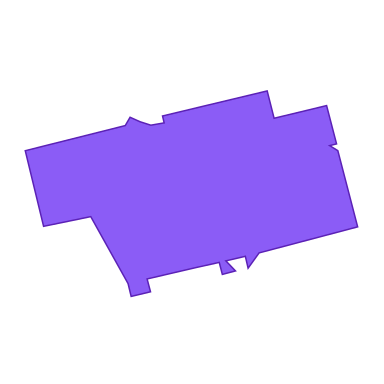 Pickens, Georgia, United States of America, rotated 166°
{"feature_id": "52423323B6766402931350", "entity_name": "Pickens", "entity_type": "district", "adm_level": 2, "iso_a3": "USA", "parent_name": "United States of America", "parent_adm1": "Georgia", "projection": "robinson", "projection_center": [-84.473, 34.468], "detail": "fine", "context": "isolated", "style": "filled", "palette": "violet", "viewbox_px": 384, "rotation_deg": 166, "n_neighbors": 0, "source": "geoboundaries", "source_scale": "gbopen_adm2", "svg_char_len": 511}
<svg xmlns="http://www.w3.org/2000/svg" viewBox="0 0 384 384"><g transform="rotate(166 192 192)"><path d="M39.7,118.1L40.5,196.8L47.2,203.7L40.1,203.7L40.5,243.3L94.5,243.7L94.6,271.9L202.2,272.9L202.3,265.8L215.8,266.8L225.5,272.8L234.0,279.5L240.7,272.6L343.8,272.4L344.3,194.6L296.2,192.6L276.2,118.6L276.3,105.4L256.4,105.2L256.6,118.5L206.1,117.7L182.6,117.1L182.5,104.7L168.9,104.9L175.8,117.0L155.8,116.7L156.0,104.5L141.6,116.7L39.7,118.1Z" fill="#8b5cf6" stroke="#5b21b6" stroke-width="1.5"/></g></svg>